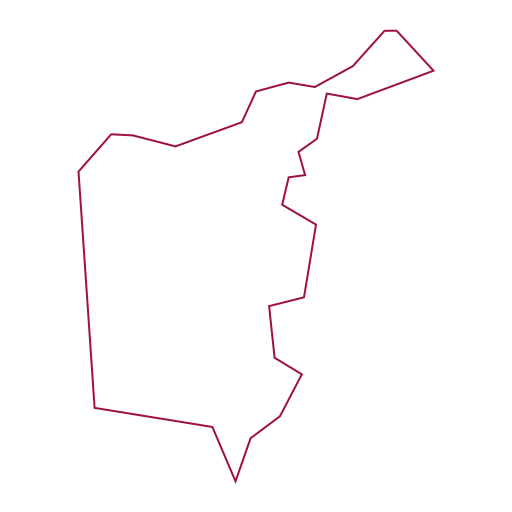 Mayendit, Unity, South Sudan
{"feature_id": "79223893B14659068163591", "entity_name": "Mayendit", "entity_type": "district", "adm_level": 2, "iso_a3": "SSD", "parent_name": "South Sudan", "parent_adm1": "Unity", "projection": "albers", "projection_center": [30.03, 8.125], "detail": "fine", "context": "isolated", "style": "outline", "palette": "rose", "viewbox_px": 512, "rotation_deg": 0, "n_neighbors": 0, "source": "geoboundaries", "source_scale": "gbopen_adm2", "svg_char_len": 499}
<svg xmlns="http://www.w3.org/2000/svg" viewBox="0 0 512 512"><path d="M235.5,481.3L250.6,438.2L280.0,416.2L300.8,376.3L301.8,374.3L274.6,357.8L269.1,306.1L304.0,297.3L316.0,224.6L282.2,204.8L288.7,177.3L305.1,175.1L298.5,151.9L317.0,138.7L326.8,93.6L357.3,99.1L433.5,70.7L396.6,30.7L384.5,30.8L352.9,66.1L314.8,87.0L288.7,82.6L256.0,91.4L241.9,122.2L175.4,146.4L132.9,135.4L111.2,134.3L78.5,171.6L83.4,243.2L94.6,407.9L212.4,427.0L235.5,481.3Z" fill="none" stroke="#9f1239" stroke-width="2"/></svg>